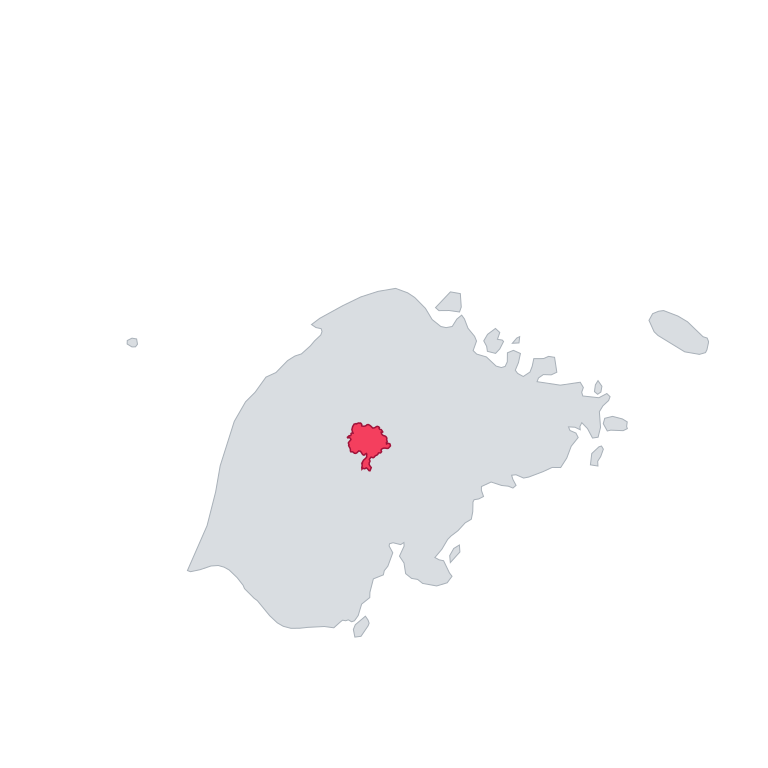 Sangju-si, North Gyeongsang, South Korea shown in context, rotated 228°
{"feature_id": "91817680B21539665501577", "entity_name": "Sangju-si", "entity_type": "district", "adm_level": 2, "iso_a3": "KOR", "parent_name": "South Korea", "parent_adm1": "North Gyeongsang", "projection": "robinson", "projection_center": [128.043, 36.44], "detail": "fine", "context": "in_parent", "style": "filled", "palette": "rose", "viewbox_px": 768, "rotation_deg": 228, "n_neighbors": 0, "source": "geoboundaries", "source_scale": "gbopen_adm2", "svg_char_len": 5223}
<svg xmlns="http://www.w3.org/2000/svg" viewBox="0 0 768 768"><g transform="rotate(228 384 384)"><path d="M233.7,197.1L236.2,195.2L236.4,192.5L236.4,183.6L243.7,177.4L254.0,164.7L259.0,157.8L264.8,151.3L271.4,147.0L277.9,144.9L288.2,144.0L307.8,144.9L311.6,144.1L325.3,143.4L328.5,144.6L338.4,145.3L349.4,144.5L354.9,142.6L360.0,139.4L364.5,133.7L369.1,123.0L374.0,114.6L376.9,113.1L397.1,157.7L416.4,186.6L432.8,207.5L456.4,247.7L463.4,269.2L464.1,282.6L468.1,300.9L464.8,311.4L465.9,328.0L464.4,336.5L461.6,342.8L461.6,354.8L462.5,361.2L462.7,369.8L464.5,373.1L467.2,374.3L471.5,371.2L476.7,369.9L475.8,380.2L469.7,406.2L464.2,425.1L456.8,441.6L447.3,456.6L435.9,462.6L427.8,464.7L412.5,465.4L399.7,462.9L388.7,464.7L384.3,467.9L381.1,473.2L383.5,481.6L383.2,487.8L378.5,487.3L369.2,483.7L358.8,483.2L354.0,481.5L349.2,472.6L344.2,472.9L335.6,478.2L322.3,479.3L317.7,482.2L316.0,485.8L318.0,490.5L324.6,496.6L322.4,502.7L315.4,505.8L309.9,498.2L306.4,490.8L302.5,490.4L296.4,492.5L295.2,500.5L298.0,506.0L302.6,512.3L296.1,519.6L294.4,524.8L289.7,528.6L277.1,520.3L278.9,514.4L284.4,508.7L285.1,502.8L283.3,499.3L265.2,514.2L254.0,531.0L248.0,529.8L245.6,525.4L242.1,523.7L230.0,534.5L227.8,543.2L223.3,543.5L221.4,539.8L221.3,532.1L219.3,525.5L206.9,515.9L201.2,507.5L204.3,502.8L214.7,505.4L222.9,505.1L221.3,501.1L218.7,499.2L224.1,497.0L228.7,492.4L225.0,491.1L219.1,493.8L214.3,492.5L212.5,481.5L206.7,470.3L203.7,459.4L209.5,453.1L212.5,443.4L218.0,429.3L220.7,424.8L228.2,421.4L230.8,417.8L226.8,415.9L220.3,414.3L220.4,410.2L224.9,408.0L229.9,403.5L239.5,398.0L242.6,387.8L239.8,385.2L233.8,382.7L235.2,377.5L237.7,373.6L236.8,371.2L229.7,364.5L225.1,358.4L226.5,351.4L225.5,340.9L226.2,332.1L225.9,327.3L222.5,316.5L221.0,305.7L216.5,307.3L212.8,310.0L199.7,306.2L195.6,305.9L194.0,297.9L198.7,288.0L209.9,279.3L216.3,278.2L221.1,274.4L228.6,273.2L237.6,279.1L245.7,280.3L250.1,290.5L252.9,292.7L253.5,288.9L260.0,284.5L261.6,281.2L260.2,279.4L252.7,277.6L246.0,264.9L245.1,259.3L242.6,255.8L246.3,245.7L238.6,234.1L234.8,230.5L235.4,220.1L231.4,213.5L229.2,209.9L227.8,203.6L229.0,200.8L232.6,199.7L233.7,197.1ZM205.7,652.7L201.9,654.9L198.4,653.6L197.4,652.5L193.3,646.8L192.2,643.9L195.0,638.2L206.7,629.0L236.7,620.1L242.1,619.7L254.0,623.5L256.5,630.7L254.3,636.8L251.5,640.9L237.8,647.9L227.1,651.2L205.7,652.7ZM408.0,495.0L400.1,501.2L389.5,492.9L387.0,488.3L395.0,481.6L401.8,473.9L406.3,473.4L408.0,495.0ZM351.6,494.2L350.7,504.0L344.8,504.5L341.3,498.2L337.5,501.3L335.6,501.3L332.6,493.5L332.1,487.4L339.1,482.7L343.3,485.5L349.3,487.0L351.6,494.2ZM198.5,537.8L193.1,539.4L190.1,535.9L188.0,535.0L189.3,530.5L198.0,521.6L199.7,518.5L207.8,520.4L210.8,525.1L207.0,532.2L198.5,537.8ZM224.3,201.6L223.9,214.8L219.3,214.2L216.2,212.9L214.9,210.3L211.9,198.1L215.4,193.0L222.1,197.0L224.3,201.6ZM193.5,501.7L192.4,504.1L188.8,503.4L185.1,496.5L183.6,491.1L179.9,488.1L185.8,483.3L193.3,491.9L193.5,501.7ZM215.1,325.8L213.9,332.3L208.4,328.0L206.9,313.8L212.5,318.0L215.1,325.8ZM586.7,227.4L583.0,230.3L578.5,227.4L577.9,224.2L580.2,221.5L585.6,219.9L588.1,222.3L586.7,227.4ZM241.9,540.5L243.3,545.3L236.5,544.4L232.9,539.8L233.4,535.9L237.5,535.3L241.9,540.5ZM329.3,513.4L328.4,516.5L324.2,511.8L328.4,506.6L329.3,513.4Z" fill="#d9dde1" stroke="#a8b0b8" stroke-width="1"/><path d="M328.9,315.5L329.9,317.6L330.4,318.6L331.6,318.7L332.9,318.8L334.3,319.2L335.4,320.4L335.7,321.5L336.2,322.1L337.7,322.6L338.0,323.3L338.3,325.5L337.3,326.1L336.5,326.5L336.2,327.7L336.4,328.6L336.4,329.9L335.9,331.1L335.9,332.5L336.4,333.4L336.3,334.2L335.4,334.9L335.1,335.4L335.3,336.9L336.6,337.4L337.1,338.1L337.1,338.7L337.1,339.5L336.7,340.5L335.9,341.6L335.4,342.1L334.0,343.2L333.4,344.1L333.4,344.7L333.5,345.9L333.7,347.4L335.4,348.3L336.6,347.8L337.5,346.8L337.8,345.8L338.8,346.5L338.9,347.7L339.8,348.2L341.0,348.8L341.5,349.6L342.4,350.1L343.6,350.2L344.8,349.9L345.8,349.2L347.0,348.8L348.4,348.8L349.2,349.2L350.0,349.6L349.3,350.4L349.2,351.0L350.7,351.3L352.0,351.4L353.1,350.5L354.2,350.6L354.6,351.4L355.8,351.4L357.1,350.6L357.4,349.8L357.5,349.6L357.5,348.6L357.9,347.5L358.7,346.2L359.4,346.1L360.8,346.1L362.2,345.9L363.2,345.7L364.5,345.1L365.1,344.1L365.1,342.8L365.5,341.6L366.2,340.6L367.7,339.4L368.3,339.8L368.8,340.4L369.2,340.5L370.6,340.5L370.7,339.9L371.3,339.7L372.0,339.1L372.4,338.2L372.7,336.9L373.3,336.7L373.7,335.7L374.2,335.1L373.4,332.3L371.6,329.6L370.8,329.2L369.6,328.6L368.9,328.4L368.2,328.1L369.2,327.1L369.3,326.4L368.4,325.8L368.0,324.8L368.3,324.1L368.9,323.6L368.9,321.2L368.0,321.1L367.7,322.4L367.1,322.5L365.7,322.6L364.8,322.2L364.6,320.8L364.4,319.2L364.1,318.1L363.2,317.6L362.2,317.3L362.0,316.6L360.9,316.2L359.4,315.9L358.1,315.4L357.5,314.9L356.7,314.2L355.7,314.0L354.9,315.1L353.5,315.6L352.4,315.6L351.3,316.6L351.0,318.1L351.2,320.4L349.7,321.5L348.1,321.3L346.3,321.0L345.0,321.1L344.3,322.0L344.5,323.2L344.2,324.4L343.4,324.3L342.5,323.2L341.4,322.4L341.1,320.8L341.1,319.9L341.1,318.8L341.1,317.8L340.6,316.4L340.0,314.7L339.6,314.9L339.3,314.1L338.3,313.5L337.6,312.8L336.9,311.7L335.5,310.7L335.7,311.9L334.4,312.5L333.8,313.2L333.6,314.7L332.4,315.0L331.0,315.0L329.6,314.9L328.9,315.5Z" fill="#f43f5e" stroke="#9f1239" stroke-width="1.5"/></g></svg>